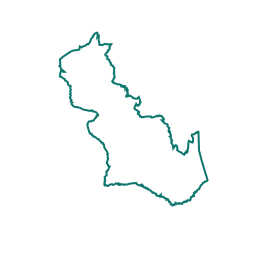 outline of Huayacocotla, Veracruz, Mexico, rotated 305°
{"feature_id": "50627088B38829203416925", "entity_name": "Huayacocotla", "entity_type": "district", "adm_level": 2, "iso_a3": "MEX", "parent_name": "Mexico", "parent_adm1": "Veracruz", "projection": "albers", "projection_center": [-98.484, 20.524], "detail": "fine", "context": "isolated", "style": "outline", "palette": "teal", "viewbox_px": 256, "rotation_deg": 305, "n_neighbors": 0, "source": "geoboundaries", "source_scale": "gbopen_adm2", "svg_char_len": 5869}
<svg xmlns="http://www.w3.org/2000/svg" viewBox="0 0 256 256"><g transform="rotate(305 128 128)"><path d="M130.9,223.1L143.5,207.1L150.4,199.0L165.3,187.9L164.5,187.0L163.4,186.5L163.1,186.7L162.8,186.2L161.0,186.0L159.3,184.1L158.3,184.6L157.0,187.2L153.6,189.3L153.1,189.2L152.9,188.9L152.4,185.2L149.1,186.8L145.3,189.2L143.1,189.2L143.3,189.6L143.2,190.2L141.9,190.4L140.8,189.2L140.6,189.6L140.1,189.2L138.3,189.3L138.4,185.3L138.0,183.3L138.1,180.9L139.6,180.3L140.8,178.5L141.3,178.4L141.4,177.8L141.3,176.9L140.4,176.7L137.3,176.8L139.6,174.7L140.8,171.8L142.6,171.6L142.6,170.7L143.4,170.5L143.9,170.0L143.9,169.0L145.3,168.1L145.2,167.3L145.8,167.6L147.0,167.0L147.3,166.0L148.4,165.0L148.2,164.0L149.1,164.0L148.8,163.3L149.4,163.1L149.8,162.2L151.7,161.9L152.1,159.4L152.5,158.9L153.5,158.6L153.5,157.3L152.8,155.3L153.6,151.5L154.3,152.6L154.7,152.0L155.0,152.2L155.1,151.8L155.9,152.2L156.2,152.0L157.1,148.5L156.2,147.2L156.3,146.7L155.6,146.5L155.2,145.3L155.0,145.1L154.4,145.4L153.5,144.0L150.7,142.2L150.0,141.0L150.5,140.6L150.5,140.0L150.0,139.1L149.2,138.4L148.6,137.3L146.5,135.0L145.6,134.4L145.5,133.8L144.7,133.1L145.0,132.6L144.2,131.3L145.0,130.7L145.3,130.0L145.1,128.1L145.4,127.7L146.4,127.5L146.9,128.1L147.4,128.0L147.7,126.7L147.5,124.6L147.6,124.0L147.4,123.6L147.7,122.0L149.7,121.2L151.0,121.3L152.4,120.9L151.6,122.6L152.0,123.4L152.6,123.7L152.9,123.2L153.8,124.0L155.8,123.1L156.0,123.6L156.5,123.5L157.6,121.7L158.4,120.9L158.7,119.9L159.5,119.1L157.5,118.6L156.5,117.8L155.4,114.8L155.8,114.4L155.8,113.3L155.5,110.7L155.2,110.2L154.4,110.3L153.0,108.8L153.4,108.7L153.1,108.3L153.7,108.0L154.9,108.5L155.7,108.4L156.5,107.3L157.0,107.3L157.2,106.6L157.7,106.5L157.6,106.0L158.8,105.9L158.5,105.2L159.8,104.4L159.1,103.6L158.5,103.5L159.9,102.7L159.7,101.6L160.1,101.5L159.6,101.0L160.2,100.7L159.8,100.0L159.1,100.5L159.1,99.8L158.8,99.9L158.5,99.5L158.8,99.0L158.3,98.5L159.1,98.0L159.3,97.4L158.9,96.2L158.0,95.0L157.4,92.3L156.7,91.2L156.7,90.5L157.1,90.0L156.7,89.7L157.0,88.5L157.1,88.3L159.9,88.2L160.2,87.9L161.5,87.7L161.8,88.0L164.3,85.7L164.6,84.9L165.8,84.8L167.7,83.1L169.1,82.5L169.6,81.9L169.8,80.4L170.4,79.8L169.9,77.9L170.8,77.5L170.8,76.8L171.4,76.6L171.4,76.1L172.5,73.8L173.0,73.7L173.1,72.9L172.8,72.3L172.7,71.3L174.5,70.4L175.0,69.8L174.5,68.6L174.7,67.8L175.1,67.2L176.2,67.1L178.5,67.7L178.9,67.2L179.7,67.4L180.3,67.1L181.0,67.6L181.9,67.6L182.7,67.4L183.7,66.3L187.1,66.2L186.7,65.6L185.8,65.1L185.5,64.0L184.8,63.5L183.8,60.9L181.4,59.6L179.7,56.8L181.3,55.6L182.6,54.0L185.2,52.1L186.7,51.4L186.9,51.1L184.9,50.8L186.0,50.3L188.4,48.3L188.1,47.6L185.6,46.5L184.5,47.0L183.3,46.4L182.5,47.0L180.3,46.6L176.4,47.6L173.9,47.5L173.7,46.6L171.5,46.1L169.2,44.4L167.5,43.9L167.2,41.7L164.3,43.2L160.2,38.9L157.6,37.2L148.5,33.7L147.2,33.6L145.3,32.8L144.8,33.4L143.8,33.7L143.0,34.9L141.9,35.3L140.7,36.6L138.8,36.0L139.5,36.7L138.8,38.3L137.9,39.4L137.6,43.7L136.9,42.8L136.8,41.7L136.1,40.5L133.3,41.3L132.9,41.8L131.1,42.8L131.7,44.2L131.4,46.1L131.8,48.2L130.9,49.2L131.1,50.1L130.9,52.4L130.5,53.1L129.3,53.7L129.0,55.8L129.6,56.8L129.2,57.2L127.7,57.7L126.8,58.5L126.5,59.4L125.3,59.4L124.6,59.8L124.1,60.8L122.5,61.1L122.6,61.8L122.1,62.3L120.8,62.8L120.1,62.7L119.8,63.3L119.1,63.5L118.6,65.6L118.1,65.9L117.3,65.6L117.0,66.0L117.4,66.3L116.6,67.4L116.7,67.7L116.0,67.6L115.0,68.4L115.0,69.4L114.5,70.7L114.8,72.2L117.0,77.0L117.4,80.6L120.2,87.1L121.2,87.7L121.4,88.5L121.8,88.7L121.3,89.5L122.1,90.7L122.6,93.2L121.8,94.9L121.8,95.8L120.7,96.3L120.5,95.8L119.6,95.2L118.4,95.9L117.3,95.5L114.3,95.5L113.4,94.4L112.7,94.3L112.0,93.6L111.2,92.4L109.9,92.2L108.6,92.4L106.9,93.2L102.8,98.1L102.6,99.0L102.0,99.3L102.0,100.1L101.7,100.4L102.3,101.6L101.4,102.4L101.6,104.2L101.1,104.8L101.6,105.4L101.8,106.5L101.5,109.6L102.1,110.5L101.6,111.0L101.4,111.9L101.4,113.8L100.7,114.5L101.3,115.9L100.8,116.3L101.1,116.5L100.5,117.9L98.3,119.9L96.5,124.6L95.6,125.7L94.9,125.9L95.1,126.4L94.4,126.5L93.3,127.7L92.0,128.3L91.5,129.4L89.6,129.7L89.1,130.2L87.3,130.5L86.7,131.4L86.6,132.7L86.0,133.0L85.5,134.1L85.9,135.1L85.0,135.1L81.7,135.9L80.5,135.3L79.7,135.3L79.1,136.1L78.1,136.6L77.9,137.0L77.1,137.6L74.4,137.0L73.3,138.2L72.6,138.4L72.3,139.2L71.7,139.2L71.3,139.7L70.4,139.8L70.3,140.1L69.5,140.0L68.8,141.3L68.0,141.2L67.6,141.8L68.6,142.5L68.6,144.3L69.1,144.9L70.7,145.3L71.7,146.0L72.9,147.2L72.7,148.2L73.9,149.3L75.8,150.0L76.1,151.5L77.1,151.6L77.1,151.9L76.1,152.3L76.1,153.0L77.5,153.2L77.6,153.6L77.1,154.2L77.9,154.6L78.1,155.4L79.1,156.1L79.3,157.7L80.3,158.3L81.4,159.9L82.5,160.6L86.6,164.7L86.6,165.4L87.7,166.2L87.0,168.0L87.4,170.2L88.5,171.0L88.3,171.6L89.6,171.7L89.4,173.1L88.5,173.0L88.3,173.4L88.8,174.4L88.5,175.7L89.4,176.4L88.8,177.4L89.2,178.3L89.7,178.5L89.1,179.4L89.6,180.0L89.5,181.5L89.7,181.8L89.5,182.5L89.6,183.5L89.1,184.9L89.7,185.5L89.2,186.1L90.2,188.0L90.0,189.3L89.2,189.5L89.3,191.3L90.4,192.7L92.0,193.0L90.1,194.0L90.3,194.3L91.3,194.5L91.6,195.0L91.5,196.4L91.9,196.8L91.4,198.2L92.0,198.8L92.0,199.7L91.9,200.3L91.3,200.7L92.6,201.3L92.3,202.3L91.8,202.8L91.8,203.3L91.0,203.9L91.5,205.0L90.6,206.3L90.0,206.6L90.5,207.2L90.6,208.2L89.9,208.7L90.1,209.1L91.5,209.4L91.6,210.0L92.4,210.1L92.7,210.8L93.9,209.9L94.1,211.1L94.6,211.6L94.6,212.5L95.6,212.9L95.5,213.7L96.3,214.0L96.7,214.7L96.7,215.8L98.7,215.7L99.5,216.7L100.0,216.4L100.9,217.9L101.1,217.6L102.0,217.5L102.3,217.8L102.1,218.3L103.5,218.7L103.5,219.3L104.5,220.4L105.6,220.1L106.1,219.7L106.8,219.7L107.4,219.2L107.7,219.3L108.0,219.9L109.2,220.0L110.0,221.1L110.7,220.5L110.8,219.9L112.2,220.2L112.7,220.0L112.8,219.5L113.5,220.0L114.2,219.5L115.0,220.0L115.1,220.7L117.2,220.4L118.8,221.4L119.5,220.9L120.5,221.1L121.7,220.6L123.0,220.6L124.2,221.1L126.0,220.8L126.2,221.2L128.2,221.7L128.8,222.4L130.2,223.2L130.9,223.1Z" fill="none" stroke="#0f766e" stroke-width="2"/></g></svg>